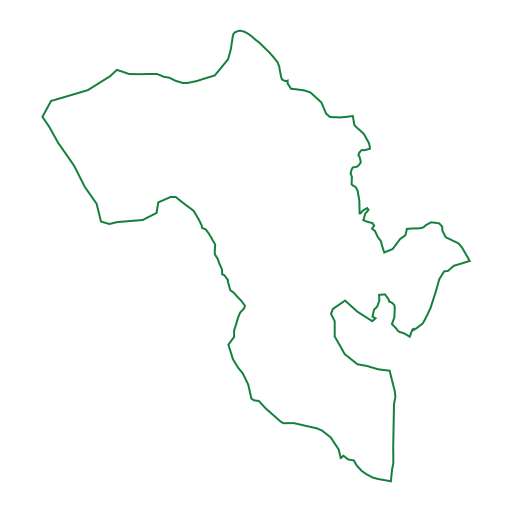 Shar'ab Ar Rawnah, Ta`izz, Yemen
{"feature_id": "15242507B72961020505586", "entity_name": "Shar'ab Ar Rawnah", "entity_type": "district", "adm_level": 2, "iso_a3": "YEM", "parent_name": "Yemen", "parent_adm1": "Ta`izz", "projection": "mercator", "projection_center": [43.798, 13.731], "detail": "fine", "context": "isolated", "style": "outline", "palette": "green", "viewbox_px": 512, "rotation_deg": 0, "n_neighbors": 0, "source": "geoboundaries", "source_scale": "gbopen_adm2", "svg_char_len": 5011}
<svg xmlns="http://www.w3.org/2000/svg" viewBox="0 0 512 512"><path d="M116.9,69.9L111.5,74.9L110.4,76.0L87.9,90.1L72.1,94.8L65.7,96.7L51.1,100.9L42.9,116.0L42.4,116.8L47.2,123.8L49.5,127.3L51.0,130.0L58.3,143.1L62.6,149.2L71.0,161.2L72.5,163.5L74.2,165.9L76.4,170.2L79.8,177.0L84.8,186.9L85.9,188.5L96.5,203.6L96.6,203.8L101.0,221.6L109.4,224.0L117.2,222.1L142.7,220.0L145.7,218.5L145.9,218.3L151.4,215.6L156.6,212.9L157.1,209.4L158.3,202.4L167.8,198.2L170.5,197.0L175.7,197.0L184.5,204.0L188.7,207.1L191.3,209.0L192.3,209.8L193.1,210.4L193.5,210.7L193.6,210.8L196.1,215.0L198.2,218.6L198.6,219.1L198.8,219.5L199.5,221.0L200.7,223.4L201.6,225.3L202.1,227.6L202.1,227.9L205.9,229.6L206.4,230.3L208.7,233.4L210.9,237.0L211.3,237.5L211.8,238.6L211.9,238.9L212.0,239.2L214.3,242.9L215.2,244.8L214.8,250.2L214.8,254.3L218.0,259.4L218.1,259.8L218.1,260.0L218.3,260.6L219.6,264.2L219.7,264.3L220.0,264.9L222.0,269.6L222.2,274.3L224.3,275.2L228.0,280.1L227.7,280.8L230.2,290.1L231.9,291.4L232.5,291.8L232.9,292.1L233.9,292.9L235.3,294.4L236.7,296.1L236.8,296.3L237.8,297.2L238.3,297.8L240.9,300.4L241.0,300.5L241.7,301.4L242.0,301.8L244.8,305.5L244.9,306.0L243.9,308.8L243.5,309.1L240.1,312.6L239.4,314.4L238.6,316.2L238.1,317.5L237.2,320.6L235.5,326.2L235.0,327.6L234.1,330.7L234.1,336.9L228.4,344.7L232.9,359.1L237.8,367.2L238.2,367.8L241.0,371.2L242.7,373.3L242.8,373.4L247.8,383.7L247.9,384.1L248.3,384.8L251.4,398.6L253.9,400.3L258.9,401.0L261.9,404.3L265.3,408.0L266.5,409.1L267.3,409.9L268.2,410.6L271.1,413.2L280.4,421.4L281.4,422.0L283.4,423.2L293.9,423.1L295.5,423.5L296.0,423.6L308.6,426.5L316.7,428.3L321.9,430.5L330.7,437.4L334.2,442.7L338.7,449.5L340.7,458.0L341.5,457.6L342.9,456.1L343.4,455.7L348.2,459.5L353.8,460.4L356.7,465.5L361.8,471.0L366.6,474.3L372.6,477.5L375.8,478.4L378.0,479.0L378.7,479.1L382.7,479.8L383.3,479.9L385.4,480.3L390.4,481.2L390.9,481.3L392.0,470.0L393.3,463.3L393.3,460.9L393.3,456.7L393.2,447.9L394.0,404.0L395.4,397.0L394.8,391.3L391.9,379.8L389.6,370.7L388.9,370.6L383.0,369.9L378.2,369.3L366.7,365.9L357.5,364.3L344.9,354.3L344.1,353.1L340.8,347.1L340.0,345.7L339.0,344.0L338.1,342.4L334.7,336.5L334.7,329.4L334.7,328.1L334.7,324.7L334.7,321.3L334.5,320.9L331.0,313.6L331.9,311.5L333.0,308.7L333.3,308.6L343.2,301.9L345.1,300.6L357.4,311.7L372.3,321.2L375.5,318.3L372.5,316.6L374.0,309.7L377.2,306.6L379.3,300.7L379.1,294.9L381.0,294.7L385.0,294.4L388.1,298.6L388.8,299.6L389.2,301.7L390.9,302.2L392.9,303.5L394.3,305.2L394.6,307.0L394.8,307.6L394.7,309.7L394.6,310.0L394.6,311.1L394.6,312.3L394.4,314.9L394.4,317.3L391.9,324.0L396.6,328.9L397.8,330.8L399.6,332.0L401.7,332.6L403.5,333.1L403.9,333.3L405.0,333.9L405.4,334.1L409.7,336.7L412.4,329.6L413.3,329.1L413.4,330.0L416.1,328.5L422.5,323.7L422.8,323.2L423.3,322.5L424.3,320.7L426.1,317.2L428.5,312.4L429.1,311.0L430.2,308.7L430.4,308.5L433.5,298.7L435.4,292.9L435.5,292.4L437.2,286.6L439.1,279.9L439.3,279.1L441.6,275.5L442.2,274.5L444.1,271.4L446.1,271.1L447.2,271.0L447.9,270.9L452.1,267.3L454.0,265.7L457.1,264.8L461.5,263.5L469.6,261.0L467.3,256.7L462.7,248.7L462.3,247.9L458.5,243.4L454.6,241.5L445.7,237.2L442.3,230.5L442.3,226.8L440.3,224.6L439.3,223.4L436.1,222.9L434.0,222.6L433.2,222.5L432.8,222.5L431.1,222.3L425.8,225.2L423.8,227.0L421.3,228.1L417.6,228.4L411.8,228.5L406.9,228.9L405.4,235.3L400.1,239.0L399.8,239.4L392.6,249.1L392.3,249.2L385.2,252.1L384.3,252.5L382.7,247.9L381.7,244.3L381.5,243.5L381.4,243.1L380.9,241.2L379.4,239.1L377.6,236.7L375.1,231.2L372.1,228.7L372.6,227.8L374.2,225.7L372.4,223.1L366.1,221.4L363.2,220.0L364.3,217.9L364.3,216.8L365.1,213.9L366.3,212.4L368.5,209.9L367.2,208.1L363.2,210.3L360.5,213.3L359.6,213.3L359.3,200.6L357.7,191.1L355.7,187.1L352.4,185.1L351.6,184.2L351.9,177.0L350.6,173.3L351.7,169.4L352.5,167.9L352.8,167.5L356.9,166.7L358.8,165.2L360.8,162.4L360.1,158.9L359.3,156.2L358.4,155.3L359.2,152.8L361.4,150.3L362.6,150.0L364.3,150.3L367.9,149.3L369.9,148.7L370.0,148.2L369.5,145.4L369.1,143.4L365.3,136.5L364.7,135.4L364.5,135.1L364.2,134.6L363.7,133.8L360.1,130.5L356.5,127.3L354.4,125.1L352.8,116.0L347.9,116.7L340.8,117.4L340.5,117.4L340.4,117.4L339.4,117.4L337.5,117.3L333.9,117.2L330.0,117.0L326.4,113.9L326.1,113.6L321.4,102.5L310.5,92.5L310.1,92.3L309.9,92.3L304.3,90.4L301.3,90.0L300.3,89.9L297.7,89.5L295.6,89.2L291.0,88.8L289.4,86.2L289.0,85.6L287.6,83.4L287.6,81.6L287.6,80.7L287.4,80.8L285.3,81.1L282.0,79.5L281.1,76.8L279.6,69.1L279.4,68.3L279.4,67.0L277.5,62.2L274.2,58.0L269.7,52.8L266.7,49.9L264.8,48.0L261.3,44.6L260.6,44.0L260.0,43.2L255.7,39.9L251.7,36.4L248.5,34.0L246.4,32.8L244.8,31.9L241.7,31.0L239.8,30.7L238.1,31.1L236.3,31.7L234.7,32.5L233.3,34.3L232.7,36.9L230.8,49.3L230.1,52.2L228.0,59.4L222.3,66.3L221.8,67.0L214.8,75.4L210.4,76.8L208.0,77.5L202.5,79.2L200.1,80.0L196.1,81.2L187.3,83.0L184.5,83.0L182.8,83.0L181.5,82.6L175.3,80.7L169.6,77.8L163.5,76.7L161.5,75.8L156.9,74.0L152.9,74.0L149.7,74.0L148.8,74.0L139.0,74.2L138.7,74.2L129.0,74.0L123.0,71.9L117.2,70.0L116.9,69.9Z" fill="none" stroke="#15803d" stroke-width="2"/></svg>